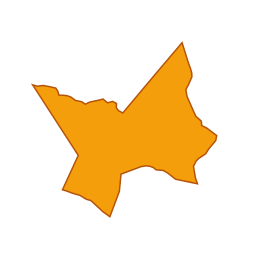 the district of Lastro, Paraíba, Brazil, rotated 64°
{"feature_id": "56859067B5730433440527", "entity_name": "Lastro", "entity_type": "district", "adm_level": 2, "iso_a3": "BRA", "parent_name": "Brazil", "parent_adm1": "Paraíba", "projection": "mercator", "projection_center": [-38.183, -6.553], "detail": "fine", "context": "isolated", "style": "filled", "palette": "amber", "viewbox_px": 256, "rotation_deg": 64, "n_neighbors": 0, "source": "geoboundaries", "source_scale": "gbopen_adm2", "svg_char_len": 927}
<svg xmlns="http://www.w3.org/2000/svg" viewBox="0 0 256 256"><g transform="rotate(64 128 128)"><path d="M75.0,42.0L91.2,78.9L112.2,126.1L108.3,128.9L104.6,129.6L100.9,127.6L97.4,130.1L96.4,135.3L91.0,137.8L90.3,141.5L89.2,145.9L87.9,151.2L87.9,155.9L84.0,158.2L80.2,163.1L75.1,165.8L72.1,168.8L69.9,172.3L68.3,175.6L64.1,175.0L60.5,175.4L56.3,180.6L52.6,185.6L50.7,191.2L47.4,194.8L130.8,184.7L154.8,214.0L157.6,210.9L162.2,206.6L167.5,200.7L173.8,196.7L176.9,193.2L192.1,187.3L199.8,183.2L181.1,163.5L166.4,154.5L168.4,133.4L169.9,128.4L171.8,125.4L174.4,122.7L177.9,121.1L181.6,114.9L186.3,111.8L191.2,109.5L194.9,107.7L208.6,90.0L202.6,89.3L191.2,86.0L187.5,81.2L186.4,77.9L185.2,69.4L182.3,64.8L177.8,54.7L173.7,51.6L162.3,57.4L158.1,60.7L154.0,59.1L147.2,61.9L143.0,61.8L125.5,61.1L118.9,59.2L114.8,53.7L110.1,48.2L106.5,46.6L102.8,45.9L95.5,45.1L75.0,42.0Z" fill="#f59e0b" stroke="#b45309" stroke-width="1.5"/></g></svg>